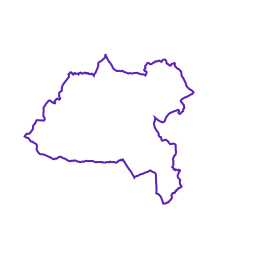 Demba, Kasaï-Occidental, Democratic Republic of the Congo, rotated 133°
{"feature_id": "63176286B65160793690884", "entity_name": "Demba", "entity_type": "district", "adm_level": 2, "iso_a3": "COD", "parent_name": "Democratic Republic of the Congo", "parent_adm1": "Kasaï-Occidental", "projection": "albers", "projection_center": [22.217, -5.237], "detail": "fine", "context": "isolated", "style": "outline", "palette": "violet", "viewbox_px": 256, "rotation_deg": 133, "n_neighbors": 0, "source": "geoboundaries", "source_scale": "gbopen_adm2", "svg_char_len": 5878}
<svg xmlns="http://www.w3.org/2000/svg" viewBox="0 0 256 256"><g transform="rotate(133 128 128)"><path d="M152.4,48.0L151.0,47.8L150.8,48.0L149.0,48.3L148.6,48.6L147.8,50.2L147.3,50.5L145.3,50.9L144.7,50.7L144.4,50.1L144.1,50.2L143.5,49.6L142.8,49.7L142.0,50.2L141.4,49.8L140.0,50.3L139.2,49.8L138.7,49.7L137.8,49.9L136.9,49.9L136.2,49.2L134.9,48.9L134.5,48.7L134.1,49.3L133.6,51.6L132.9,52.5L132.4,53.2L131.4,53.8L130.6,54.1L130.4,54.6L130.3,56.2L129.9,58.1L129.6,58.6L128.9,59.3L128.1,59.7L127.3,59.8L125.7,60.6L123.9,60.7L123.6,61.1L123.7,61.9L123.8,62.4L124.6,62.5L125.0,62.8L125.7,64.8L126.7,64.8L126.8,65.6L126.6,66.0L127.0,66.6L126.3,67.3L126.4,69.0L124.2,69.5L123.5,70.0L122.3,71.5L121.2,72.2L120.4,73.7L119.7,74.2L117.5,74.8L116.9,75.3L116.0,75.0L115.0,75.1L113.8,75.9L113.2,76.1L112.5,76.6L111.8,77.9L110.0,79.5L109.0,80.8L108.5,80.9L107.7,82.0L108.1,83.5L108.5,84.4L109.4,84.8L110.0,85.3L110.7,85.9L111.1,86.6L111.0,87.6L110.6,88.8L110.5,90.1L110.9,92.5L111.7,93.0L112.7,93.5L113.3,93.8L113.9,94.4L113.8,94.8L113.6,95.9L112.9,96.5L112.4,97.2L112.2,97.5L112.7,98.5L112.8,99.9L112.4,100.6L111.1,101.8L110.8,102.7L110.2,106.0L109.3,109.0L108.9,109.3L107.7,111.3L106.9,112.2L103.5,113.8L102.2,114.8L102.0,115.2L101.7,111.0L101.1,108.6L100.1,106.3L98.8,106.0L98.0,105.9L97.4,106.0L95.7,106.9L93.3,107.5L92.2,107.6L90.8,107.7L89.6,107.7L88.6,107.5L87.2,106.9L85.6,106.3L82.0,104.4L81.0,104.1L80.4,103.5L80.4,102.8L80.8,102.2L81.7,102.0L82.3,101.7L82.6,101.1L82.6,100.1L82.3,99.8L81.9,99.5L80.4,99.5L80.0,99.6L79.5,99.6L78.3,99.2L77.7,99.3L76.6,100.4L76.2,100.5L74.7,100.6L74.2,101.7L73.5,102.2L73.1,102.9L73.0,104.5L72.6,105.4L72.8,106.5L71.8,108.1L70.0,108.2L69.5,108.0L68.9,107.9L68.3,107.6L66.8,107.2L66.2,106.9L65.5,106.3L65.0,106.3L64.4,106.1L63.1,105.6L60.4,104.8L59.7,104.4L59.0,104.3L57.9,104.3L57.3,104.4L57.0,106.2L57.2,107.7L57.7,109.8L57.6,112.6L57.3,114.1L55.5,117.0L55.0,118.7L53.7,121.8L53.8,122.4L53.0,124.7L50.6,127.5L50.3,130.5L50.8,132.3L50.8,134.3L50.6,135.7L50.2,136.7L48.9,137.7L48.8,138.3L49.4,138.5L51.1,139.6L52.0,139.8L52.6,139.3L53.4,139.5L54.0,140.2L53.9,141.5L54.4,143.8L53.0,145.6L52.7,146.6L52.7,147.4L53.3,148.3L54.4,148.9L55.6,149.0L56.5,148.6L56.9,148.7L57.4,151.1L57.8,151.5L59.3,151.9L60.2,153.2L60.6,153.4L62.1,153.4L62.8,154.1L64.9,154.3L65.7,154.7L66.3,155.4L66.3,156.8L66.5,157.6L67.3,158.1L69.0,157.8L70.8,157.7L71.4,157.5L72.2,156.0L73.2,156.1L74.3,156.0L74.7,155.6L74.8,154.4L74.2,153.3L74.4,152.6L74.9,152.2L75.4,151.8L77.7,151.2L77.6,151.8L78.4,153.5L79.4,154.3L79.6,155.0L80.7,156.8L81.2,158.5L81.8,159.3L83.7,161.1L85.1,161.9L86.7,164.2L87.9,164.9L88.7,167.2L89.7,169.0L89.8,170.7L90.3,171.5L91.1,171.8L91.6,172.2L92.0,173.1L92.4,173.7L93.7,174.6L94.2,175.8L94.5,177.9L94.5,178.9L94.3,180.1L93.3,182.6L92.6,185.3L92.4,187.4L91.3,190.7L90.0,193.9L89.3,194.9L91.8,193.1L92.6,192.9L93.4,192.9L94.1,193.0L97.2,193.3L99.1,194.0L100.4,194.1L101.1,193.8L102.0,193.0L102.5,192.4L103.4,191.7L104.6,191.4L105.6,190.9L106.8,190.5L108.6,189.9L109.7,189.4L110.8,189.4L111.4,189.3L112.4,189.0L113.1,188.6L112.8,191.2L113.0,191.7L114.1,192.0L115.2,193.5L115.0,194.5L115.1,194.9L116.2,195.2L116.5,195.6L116.6,195.9L116.3,196.1L116.8,196.7L116.9,197.4L119.2,198.2L119.6,199.3L119.6,200.1L119.8,200.4L120.4,200.4L120.7,200.8L121.8,200.8L121.7,200.9L121.8,201.3L123.8,202.8L124.0,203.6L123.9,204.1L124.0,204.4L124.7,204.5L125.2,204.7L125.9,204.3L126.3,204.4L126.3,205.6L126.0,206.7L126.1,207.6L126.7,208.1L127.8,207.7L128.2,207.8L128.5,208.1L129.4,208.2L129.8,207.3L130.4,206.4L131.4,205.9L134.2,205.8L135.6,205.6L136.8,205.6L138.4,205.4L141.4,204.9L143.3,204.0L144.0,203.6L144.9,202.6L145.6,202.1L146.0,201.8L147.7,202.3L148.6,202.3L149.5,202.1L151.7,200.0L152.2,199.0L152.4,198.3L152.8,197.7L153.3,197.5L153.9,197.5L154.4,198.1L154.4,199.1L155.0,199.9L156.9,200.0L158.3,200.0L158.7,199.8L159.0,199.3L159.1,198.7L159.4,198.3L159.8,198.3L160.3,198.9L160.8,200.8L161.1,203.9L161.5,204.3L161.8,204.5L163.0,204.6L164.8,204.6L167.5,204.3L168.3,204.0L169.7,203.8L170.7,203.6L171.3,203.1L172.7,201.6L176.6,198.5L177.2,197.5L177.3,196.5L178.1,195.1L178.5,194.7L179.8,194.5L184.5,200.1L186.1,199.8L186.6,199.4L187.2,199.4L187.8,199.0L190.6,199.1L191.3,198.5L191.9,198.4L192.4,197.7L194.1,196.6L195.1,196.7L195.8,196.4L196.9,196.6L198.2,196.1L199.9,196.6L201.4,198.3L204.6,197.9L204.4,195.9L203.6,194.7L203.4,193.7L204.0,190.5L204.0,189.6L203.1,188.6L203.3,188.1L203.1,187.3L202.4,184.4L202.5,183.6L203.3,182.3L204.8,181.0L205.7,180.5L206.4,179.6L207.1,176.5L207.2,175.2L207.0,174.4L206.7,173.9L205.6,172.7L204.3,170.3L203.4,167.2L202.5,165.1L201.8,161.7L201.2,160.7L199.9,160.3L199.1,159.3L196.2,158.7L195.4,158.2L194.7,157.0L194.4,154.9L193.2,152.8L192.8,149.6L192.1,148.5L191.7,147.5L190.0,146.7L189.0,145.1L188.5,145.2L188.2,145.0L187.3,143.8L186.8,141.5L185.9,140.7L185.7,139.6L185.0,139.1L183.6,138.6L183.4,138.1L182.8,137.1L181.5,136.9L180.2,135.9L179.8,135.0L177.2,132.4L176.1,131.1L175.9,130.1L175.5,129.7L175.4,128.9L174.9,128.0L174.2,127.8L173.3,126.6L171.7,125.2L171.0,123.8L170.6,123.7L170.3,123.3L170.3,122.8L169.9,122.6L169.3,121.6L168.7,121.0L166.7,119.7L166.0,118.4L165.0,118.3L164.7,118.1L164.5,117.3L163.2,115.8L162.4,115.2L161.6,113.1L161.1,112.8L159.8,112.6L159.3,112.4L158.5,112.6L158.1,112.3L157.6,112.3L156.9,111.6L156.4,111.6L156.0,110.6L155.7,110.3L154.8,110.7L154.5,110.4L156.7,102.2L157.4,99.2L157.8,96.6L158.9,92.8L159.3,91.6L159.5,90.5L160.0,89.5L159.0,89.6L157.2,88.9L156.3,88.2L153.6,87.4L151.3,85.9L149.4,85.3L147.2,84.0L146.0,83.4L144.8,83.3L143.8,82.7L143.5,80.7L142.7,78.7L142.5,77.9L142.5,77.1L142.8,76.0L143.8,75.2L146.9,72.0L149.1,69.9L150.9,67.8L152.6,66.2L153.6,65.0L154.7,64.2L156.5,62.8L156.2,61.9L155.7,60.9L155.7,59.1L155.8,57.5L157.8,53.0L159.1,51.0L158.7,50.9L158.7,50.2L157.8,49.2L156.8,48.8L156.2,48.7L155.5,48.0L154.5,48.2L153.7,47.8L152.4,48.0Z" fill="none" stroke="#5b21b6" stroke-width="2"/></g></svg>